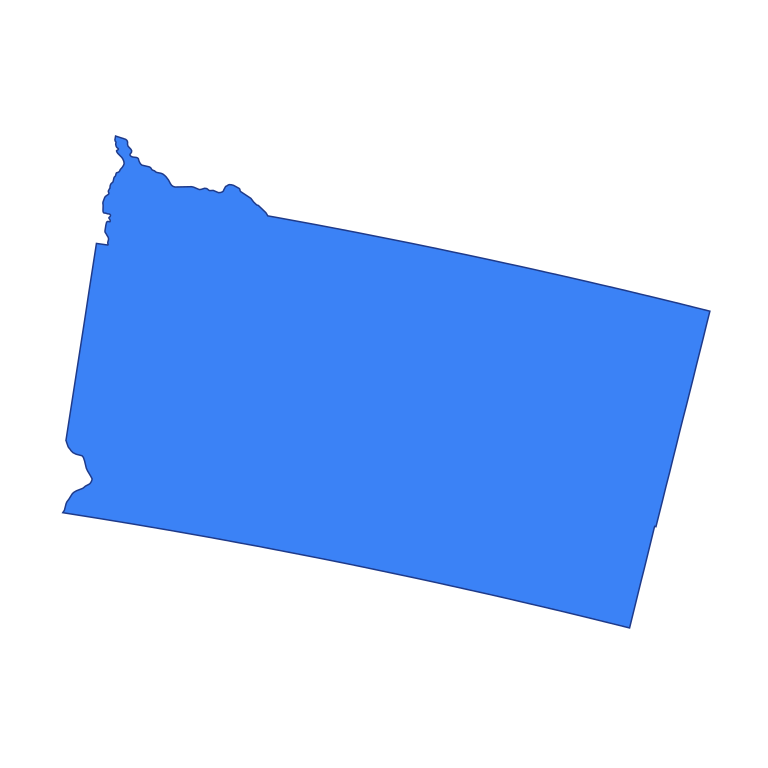 South Dakota, Albers equal-area conic projection, rotated 190°
{"feature_id": "USA-3534", "entity_name": "South Dakota", "entity_type": "State", "adm_level": 1, "iso_a3": "USA", "parent_name": "United States of America", "parent_adm1": "", "projection": "albers", "projection_center": [-98.157, 44.23], "detail": "fine", "context": "isolated", "style": "filled", "palette": "blue", "viewbox_px": 768, "rotation_deg": 190, "n_neighbors": 0, "source": "natural_earth", "source_scale": "10m", "svg_char_len": 4257}
<svg xmlns="http://www.w3.org/2000/svg" viewBox="0 0 768 768"><g transform="rotate(190 384 384)"><path d="M92.7,290.8L92.9,289.4L93.3,283.0L94.1,270.6L94.9,258.5L95.7,246.5L96.6,234.5L97.4,222.5L98.2,210.4L99.0,198.4L99.8,186.4L120.3,187.8L138.3,189.0L156.3,190.2L174.2,191.3L192.2,192.3L210.2,193.3L228.1,194.3L246.1,195.2L264.1,196.0L282.1,196.8L300.1,197.6L318.1,198.3L336.0,198.9L354.0,199.5L372.0,200.1L390.0,200.6L408.0,201.0L426.0,201.4L444.0,201.7L462.0,202.0L480.0,202.3L498.0,202.4L516.0,202.6L534.0,202.7L552.0,202.7L570.0,202.7L588.0,202.6L606.0,202.5L624.0,202.3L642.0,202.1L660.0,201.8L678.0,201.5L677.5,202.7L677.3,203.1L677.0,203.7L676.8,204.3L676.3,211.0L675.8,213.0L674.3,215.9L672.1,221.4L671.8,221.9L671.2,222.8L670.5,223.6L668.4,225.4L662.8,228.8L662.0,229.5L660.3,231.6L657.4,233.8L656.7,234.4L656.1,235.1L655.2,237.4L654.9,239.8L657.0,242.5L660.9,247.0L662.6,249.5L665.5,256.2L667.3,259.5L668.9,260.9L675.1,261.4L678.4,262.4L680.7,264.0L681.6,265.0L683.5,266.6L684.2,267.4L686.5,271.5L687.0,272.6L687.4,273.0L687.5,277.3L688.0,301.7L688.5,326.1L689.0,350.5L689.5,374.9L690.0,399.3L690.6,423.7L691.1,448.1L691.6,472.5L680.2,472.9L679.9,473.2L680.1,473.9L680.4,474.5L680.6,475.2L680.6,476.0L680.5,477.2L680.4,478.2L680.5,479.2L680.9,480.2L681.3,480.8L682.8,482.5L683.5,483.4L684.9,484.9L685.2,485.4L685.4,486.6L685.5,492.3L685.3,495.0L685.1,495.4L684.8,495.8L684.4,496.1L683.8,496.2L682.6,496.1L682.1,496.2L681.9,496.7L682.0,497.4L682.7,498.6L683.3,499.1L683.7,499.6L683.8,500.0L683.6,500.4L682.9,501.2L682.7,501.7L682.6,502.3L682.7,502.9L683.2,503.4L683.8,503.7L684.5,503.7L685.8,503.6L687.6,503.9L688.2,503.9L689.0,503.8L689.5,503.8L690.0,504.1L690.3,504.5L690.6,505.0L690.9,506.2L691.6,511.0L691.9,512.1L692.2,513.0L692.3,513.7L692.3,514.6L691.5,519.0L691.2,519.8L690.9,520.4L688.2,523.1L688.1,523.7L688.1,524.3L688.5,524.9L688.8,525.3L688.9,525.6L689.0,526.2L688.8,526.9L688.3,528.5L688.0,529.0L687.9,529.2L687.9,529.4L688.0,529.8L688.1,532.0L687.8,533.3L687.5,534.0L686.1,535.8L686.0,536.0L685.9,536.8L685.8,539.8L685.6,540.7L685.4,541.2L685.1,541.4L684.8,541.9L684.6,542.3L684.5,543.0L684.4,544.5L684.3,545.1L684.1,545.5L683.8,545.7L682.6,546.3L682.3,546.5L682.0,546.8L681.7,547.2L681.4,547.7L681.2,548.3L681.1,548.9L680.9,549.5L680.6,550.0L679.4,551.9L678.8,553.4L678.4,554.5L678.2,556.0L678.5,556.9L678.9,558.1L680.2,560.1L681.0,561.0L681.6,561.6L686.1,564.8L686.8,565.5L687.5,566.3L687.7,566.7L687.9,567.2L687.6,567.7L686.7,568.4L686.6,568.6L686.4,569.0L686.4,569.3L686.5,569.6L687.9,570.4L688.3,570.7L688.7,571.1L689.0,571.5L689.5,572.6L689.8,573.2L689.9,573.9L689.9,574.8L689.9,575.5L690.3,576.1L690.8,576.4L691.4,577.7L691.4,581.6L680.9,580.1L679.4,579.2L678.5,577.7L678.2,575.5L677.4,573.8L674.0,571.2L673.0,569.9L672.9,568.5L673.3,567.5L673.8,566.7L674.0,565.7L673.6,564.9L672.6,564.3L671.5,564.0L670.6,563.9L667.2,564.1L666.2,563.9L665.2,563.4L664.8,562.8L664.5,562.0L663.9,560.9L663.0,559.6L661.9,558.4L660.4,557.5L653.0,557.1L651.5,556.6L650.7,555.8L650.1,555.1L649.3,554.5L647.1,554.1L645.3,553.1L644.5,552.9L640.2,552.8L638.3,552.4L636.4,551.4L634.6,550.2L631.6,547.4L629.1,544.2L627.7,542.8L626.1,542.0L624.0,541.7L607.8,544.9L605.6,544.8L599.7,543.4L597.9,543.9L594.7,545.6L592.8,545.7L591.8,545.4L590.2,544.4L589.1,544.2L585.8,545.0L580.2,543.7L578.2,544.2L577.3,544.7L576.4,545.3L575.7,546.2L575.4,547.7L574.4,550.7L574.1,551.2L573.5,551.5L571.9,553.0L571.0,553.5L568.8,553.7L566.6,553.5L560.7,551.5L559.8,550.8L559.4,549.5L558.6,548.6L547.3,543.7L544.0,540.6L540.6,538.3L540.2,538.2L539.2,538.1L538.7,538.0L530.2,532.3L529.6,531.7L527.9,529.7L527.7,529.4L527.2,529.4L520.2,529.4L506.4,529.3L492.5,529.2L478.7,529.1L464.8,528.9L451.0,528.7L437.2,528.5L423.3,528.2L409.5,527.9L395.6,527.6L381.8,527.3L368.0,526.9L354.1,526.5L340.3,526.0L326.5,525.6L312.6,525.1L298.8,524.6L285.0,524.0L271.1,523.5L257.3,522.9L243.5,522.2L229.7,521.6L215.8,520.9L202.0,520.2L188.2,519.4L174.4,518.7L160.6,517.9L146.7,517.0L132.9,516.2L119.1,515.3L105.3,514.4L91.5,513.4L75.7,512.3L76.7,498.4L77.6,484.6L78.6,470.7L79.6,456.9L80.5,443.0L81.5,429.2L82.5,415.3L83.6,401.5L84.6,387.6L85.5,373.8L86.5,359.9L87.4,346.1L88.5,332.2L89.4,318.5L90.4,304.5L91.4,290.7L92.7,290.8Z" fill="#3b82f6" stroke="#1e3a8a" stroke-width="1.5"/></g></svg>